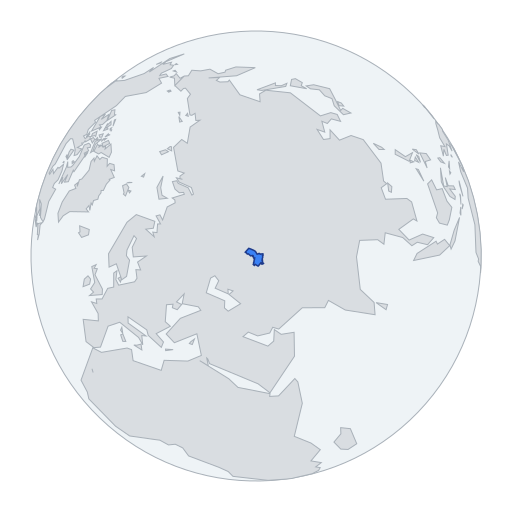 the Earth from above South Kazakhstan, rotated 311°
{"feature_id": "KAZ-3251", "entity_name": "South Kazakhstan", "entity_type": "Region", "adm_level": 1, "iso_a3": "KAZ", "parent_name": "Kazakhstan", "parent_adm1": "", "projection": "orthographic", "projection_center": [68.818, 43.271], "detail": "fine", "context": "on_globe", "style": "filled", "palette": "blue", "viewbox_px": 512, "rotation_deg": 311, "n_neighbors": 0, "source": "natural_earth", "source_scale": "10m", "svg_char_len": 13146}
<svg xmlns="http://www.w3.org/2000/svg" viewBox="0 0 512 512"><g transform="rotate(311 256 256)"><circle cx="256" cy="256" r="225" fill="#eef3f6" stroke="#a8b0b8"/><path d="M292.3,33.7L291.1,33.6L286.3,32.8L285.9,33.0L291.8,34.3L295.8,35.2L302.3,41.6L320.3,51.9L331.1,55.0L324.8,54.8L348.5,61.4L361.5,69.3L343.7,60.6L339.5,60.0L346.8,65.1L344.0,65.7L345.9,68.7L341.9,69.1L331.8,64.6L329.1,65.0L334.4,68.7L333.8,71.8L326.4,66.2L324.5,71.3L307.3,65.9L290.7,52.7L277.9,52.0L252.5,45.2L251.7,47.1L241.5,46.4L236.8,48.5L233.4,47.1L232.5,50.0L236.5,50.9L237.5,52.6L235.0,54.1L230.3,52.4L230.8,51.4L228.2,51.7L226.9,50.4L226.2,51.9L220.7,50.0L222.4,54.1L215.1,54.5L212.5,52.8L217.5,50.0L224.1,40.8L223.0,39.1L216.4,38.9L193.8,44.1L190.6,43.8L182.7,45.5L182.3,46.7L188.2,45.9L185.4,49.1L193.0,48.4L193.0,49.7L198.9,50.6L192.8,53.8L183.6,56.6L178.4,56.2L174.3,57.6L175.0,61.0L161.2,63.8L145.1,72.1L142.1,72.8L143.8,67.9L154.5,59.8L156.8,55.5L150.0,61.9L142.6,64.3L139.1,66.4L136.5,68.7L137.2,69.3L133.6,71.1L138.9,65.0L142.3,63.2L140.6,65.0L145.5,61.4L149.1,58.2L145.1,60.2L151.6,56.4L166.2,49.4L181.2,43.5L196.5,38.7L212.2,35.0L228.1,32.5L244.2,31.0L260.3,30.8L276.4,31.6L292.3,33.7ZM298.1,35.6L292.2,34.3L287.9,33.2L293.1,34.1L298.1,35.6ZM305.9,39.1L302.4,38.4L303.2,37.4L305.0,38.1L305.9,39.1ZM339.4,57.5L335.1,55.0L340.2,57.3L339.4,57.5ZM346.9,69.1L349.0,69.7L349.1,71.0L346.9,69.1ZM201.8,48.9L200.4,49.7L200.0,49.1L201.8,48.9ZM205.8,48.6L206.4,47.3L208.4,47.0L208.0,47.8L205.8,48.6ZM343.1,73.1L342.7,75.3L341.4,72.2L343.1,73.1ZM204.5,50.4L211.8,46.7L215.2,46.3L216.4,49.1L204.5,50.4ZM341.3,76.1L340.3,82.1L344.8,83.8L331.4,82.9L336.7,77.8L334.4,73.5L338.2,76.0L341.3,76.1ZM238.8,50.6L234.5,49.7L240.4,49.2L238.8,50.6ZM242.4,49.9L259.1,46.9L264.3,49.3L257.6,49.6L266.2,52.0L260.5,54.6L254.5,53.9L252.3,51.8L251.8,54.5L242.4,49.9ZM324.1,81.7L322.4,82.6L322.3,80.8L324.1,81.7ZM238.3,53.3L241.2,52.3L245.9,54.2L241.0,56.6L241.0,55.2L238.3,53.3ZM271.2,51.6L273.8,53.6L270.0,56.3L270.5,57.5L260.8,54.9L271.2,51.6ZM238.7,55.5L238.3,57.8L233.9,58.3L235.8,54.4L238.7,55.5ZM249.3,53.8L251.3,54.9L248.5,55.0L249.3,53.8ZM217.9,61.9L221.3,60.3L224.0,61.2L217.9,61.9ZM238.5,58.6L240.0,58.5L241.5,58.7L240.3,60.4L238.5,58.6ZM258.8,57.1L256.6,57.9L262.5,58.3L259.9,60.5L253.9,58.5L255.4,60.3L254.6,61.0L250.6,58.7L258.8,57.1ZM243.5,62.8L235.0,61.5L228.2,64.1L225.5,63.3L237.1,59.4L243.5,62.8ZM248.0,60.5L244.6,61.7L243.1,60.0L244.4,58.2L248.0,60.5ZM260.2,62.9L265.8,59.9L266.9,60.5L260.2,62.9ZM241.8,63.9L243.9,64.2L241.5,64.2L241.8,63.9ZM254.9,63.4L256.7,62.3L258.0,62.9L254.9,63.4ZM246.6,66.0L243.8,65.5L244.6,64.1L246.6,66.0ZM250.6,65.1L251.9,66.3L246.6,63.9L251.3,64.4L250.6,65.1ZM255.8,64.3L257.1,64.3L254.8,64.7L255.8,64.3ZM245.0,71.7L238.1,69.0L240.0,65.9L246.4,68.8L245.0,71.7ZM112.1,429.4L107.8,425.5L94.6,412.3L74.6,383.2L75.1,376.4L72.2,366.7L60.9,336.3L63.1,326.6L61.0,318.6L56.0,313.9L53.9,304.2L51.2,300.2L37.3,278.7L35.4,261.6L38.5,223.6L42.7,217.9L47.5,205.4L79.6,193.1L81.9,202.6L102.0,219.1L103.7,223.5L96.4,231.9L107.5,259.5L117.0,255.1L132.0,273.5L145.1,280.0L158.5,262.4L137.0,251.3L138.2,239.4L159.3,239.8L178.8,250.0L179.8,245.8L171.6,231.6L180.3,226.6L169.2,226.1L170.6,231.7L163.8,231.8L162.1,226.8L165.2,225.0L160.5,220.4L146.9,230.6L146.8,237.5L131.9,231.6L130.4,242.6L124.9,244.5L125.4,226.7L128.6,222.0L126.1,199.3L121.5,203.5L123.5,225.5L121.0,222.0L114.7,228.8L117.5,220.9L116.6,196.6L106.0,190.4L85.2,198.4L80.5,193.8L79.9,183.9L94.8,167.1L103.6,179.6L109.0,174.6L113.5,161.9L115.7,167.0L118.7,163.6L122.6,168.0L134.3,165.3L139.2,169.0L149.8,159.8L153.7,160.7L146.3,165.7L143.9,171.5L156.9,181.3L161.1,180.8L166.9,174.3L169.8,178.1L173.7,170.6L184.1,173.3L174.8,164.0L181.3,156.9L190.8,154.4L191.3,150.6L175.9,154.7L171.2,158.0L169.9,163.3L155.7,171.7L150.0,170.3L158.5,155.7L151.2,152.4L161.0,143.2L196.8,136.5L208.7,138.5L215.8,156.9L209.6,160.3L203.9,155.2L203.7,166.6L206.3,162.4L208.7,165.9L215.6,160.7L217.6,162.9L220.7,154.3L224.0,156.5L221.9,161.9L234.8,156.8L243.1,160.1L245.1,157.9L244.8,154.7L255.6,161.4L256.5,159.6L253.4,156.6L253.3,151.0L257.3,144.1L260.8,146.8L259.8,149.7L263.0,160.1L259.9,167.7L261.7,168.2L265.3,162.3L261.4,149.5L262.8,144.6L265.6,150.2L264.6,147.8L266.4,146.2L271.5,147.4L268.9,141.2L283.9,122.5L295.2,123.5L296.0,130.2L310.1,121.7L321.7,124.6L318.8,121.7L323.7,116.4L320.1,115.3L319.1,113.6L329.8,100.9L335.1,100.4L336.4,92.7L334.9,91.4L331.1,91.2L331.4,82.9L344.8,83.8L347.6,86.7L354.1,85.7L359.4,92.8L366.8,98.7L368.7,107.8L374.4,112.0L376.3,111.2L385.5,116.8L397.7,131.9L379.3,123.1L359.3,103.4L366.8,111.4L362.5,110.9L363.6,114.6L369.1,120.5L371.3,120.4L367.1,138.1L375.1,157.9L380.7,152.3L387.6,154.7L401.7,174.9L404.0,212.7L413.3,218.4L416.1,224.4L413.1,231.5L408.9,222.9L402.8,222.9L400.9,217.3L394.6,226.6L391.6,219.0L388.2,230.5L393.2,234.9L399.8,229.1L398.2,243.0L409.3,248.7L414.2,260.6L408.1,289.4L396.3,303.1L396.3,307.2L389.7,305.7L383.8,316.5L398.4,332.1L398.9,338.0L388.0,354.5L387.2,350.4L369.8,346.3L368.5,361.1L381.9,367.4L386.5,378.1L377.1,378.1L372.2,368.7L366.0,366.9L366.2,354.6L358.3,338.3L348.8,344.8L348.1,337.1L335.8,324.0L321.3,332.4L299.2,356.6L298.4,375.6L289.8,384.4L273.8,358.8L270.0,339.8L262.1,341.8L247.3,324.9L215.8,321.1L213.2,315.4L206.9,316.9L196.8,309.7L193.5,300.1L186.6,299.1L195.8,324.1L203.4,325.2L212.5,318.1L213.4,326.4L223.4,334.8L205.6,350.8L161.9,356.3L160.9,341.4L144.3,291.6L146.6,287.3L146.7,286.8L146.7,285.7L141.8,292.1L140.1,282.2L145.5,316.0L145.0,328.6L161.3,356.9L159.0,358.4L165.2,364.8L189.0,365.7L188.4,370.2L175.2,387.6L145.0,403.2L150.9,420.2L152.0,431.6L137.4,431.9L142.9,440.8L136.0,439.4L138.4,443.3L135.3,443.9L128.5,441.2L112.5,429.6L112.1,429.4ZM63.3,206.2L61.2,209.5L63.3,206.2ZM196.1,271.2L209.9,275.7L209.3,260.9L214.6,261.6L212.5,256.6L209.2,259.9L204.9,246.3L212.9,244.1L214.1,237.9L209.5,236.2L195.6,242.6L201.7,261.8L196.1,266.3L196.1,271.2ZM142.3,64.6L141.7,65.2L138.5,67.6L139.1,66.7L142.3,64.6ZM130.3,78.0L124.7,80.7L129.1,77.9L128.7,76.9L137.4,70.2L141.0,72.8L137.8,72.7L130.3,78.0ZM150.0,62.7L144.1,66.2L150.4,62.3L150.0,62.7ZM130.8,142.2L130.1,146.3L125.6,148.9L119.4,145.6L125.9,141.6L130.8,142.2ZM130.2,151.7L140.3,139.0L144.6,141.0L140.5,141.9L142.3,144.6L136.2,146.8L130.3,161.8L126.0,165.2L116.9,156.3L122.2,157.1L122.6,152.8L130.2,151.7ZM158.7,107.4L163.1,103.1L166.6,112.8L162.1,115.7L155.6,112.2L157.1,106.8L158.7,107.4ZM205.2,56.6L206.7,55.2L208.0,55.5L207.9,57.0L205.2,56.6ZM219.3,61.1L200.2,63.3L200.9,61.8L188.9,65.6L186.1,63.0L194.0,60.5L182.8,61.7L188.8,58.4L181.0,59.9L198.9,54.5L203.8,52.0L199.4,55.7L201.8,58.0L204.3,58.3L215.2,57.4L227.1,53.6L231.4,55.8L231.3,58.3L229.1,59.6L227.0,57.7L225.6,60.7L220.9,58.9L219.3,61.1ZM227.5,93.4L226.0,89.6L222.3,97.5L217.6,94.9L217.5,96.0L212.1,95.9L205.3,97.8L203.9,96.1L201.9,97.6L198.3,97.8L195.1,99.4L191.3,97.0L187.1,98.9L187.8,96.8L181.4,100.7L184.5,96.8L180.1,96.9L179.4,100.7L167.3,86.3L159.9,84.1L152.0,84.7L158.3,78.5L169.7,74.3L182.6,72.4L188.8,75.7L190.5,72.6L194.1,73.3L191.2,75.5L197.7,72.7L199.8,74.0L211.2,73.7L219.2,69.5L223.6,69.5L221.5,71.8L227.3,70.3L226.4,74.8L229.6,75.1L231.8,80.1L226.0,84.8L229.9,84.8L231.8,88.9L227.5,93.4ZM245.3,73.1L239.5,78.8L234.1,80.4L232.5,71.2L229.8,70.3L228.6,65.0L236.5,63.0L236.1,64.6L237.6,65.8L234.5,65.9L238.1,66.7L237.7,69.2L240.3,70.5L237.7,71.9L245.3,73.1ZM108.7,222.2L110.5,224.6L114.1,227.0L110.2,231.5L108.7,222.2ZM107.7,205.6L109.8,206.7L106.1,213.8L104.2,211.5L107.7,205.6ZM114.2,201.5L110.2,206.2L111.2,202.4L114.2,201.5ZM148.7,166.5L151.3,167.4L150.4,169.3L147.4,170.8L148.7,166.5ZM215.7,118.1L215.7,115.3L217.2,114.9L221.5,109.2L225.4,110.9L224.3,115.1L215.7,118.1ZM153.0,264.0L147.4,266.0L146.2,263.1L148.4,263.0L153.0,264.0ZM126.4,248.8L131.0,254.9L125.3,249.9L126.4,248.8ZM220.6,119.1L221.9,116.4L223.0,119.0L220.6,119.1ZM228.4,112.0L230.3,114.4L226.4,110.5L228.4,112.0ZM187.6,440.5L180.4,455.2L170.4,452.4L165.9,446.7L166.7,436.9L177.5,436.7L182.0,432.5L187.6,440.5ZM426.6,380.8L430.7,378.1L430.5,378.9L426.6,380.8ZM422.3,381.8L427.4,378.3L421.1,384.0L422.3,381.8ZM429.3,376.9L434.4,371.7L436.6,368.8L436.0,370.5L429.3,376.9ZM418.7,384.3L397.9,396.3L389.2,398.7L391.6,395.1L405.6,388.6L418.7,384.3ZM390.9,395.4L377.2,394.0L356.0,377.9L363.6,375.9L385.3,382.2L384.0,385.1L392.3,387.4L390.9,395.4ZM422.7,364.1L421.2,371.9L410.1,378.2L404.8,380.1L401.2,372.9L403.2,367.0L407.7,364.8L423.0,338.2L428.7,338.6L424.4,348.9L429.0,352.3L422.7,364.1ZM299.6,377.2L305.7,387.1L300.8,389.4L299.6,377.2ZM427.8,321.8L422.6,333.6L426.9,319.6L427.8,321.8ZM429.5,309.6L430.6,313.3L427.5,311.3L429.5,309.6ZM397.5,313.0L392.9,316.4L392.1,313.5L397.5,307.5L397.5,313.0ZM418.0,270.6L420.5,279.4L420.5,282.9L417.1,279.0L418.0,270.6ZM255.4,133.4L245.1,139.2L240.2,145.2L241.4,151.2L235.2,145.5L242.8,136.2L255.4,133.4ZM280.0,123.4L278.8,118.7L282.3,119.4L283.0,120.6L280.0,123.4ZM277.3,121.5L270.4,118.3L271.6,114.8L276.8,118.0L277.3,121.5ZM245.2,118.0L241.8,119.4L241.0,117.2L245.2,118.0ZM395.0,433.3L390.5,436.6L395.4,432.6L397.8,427.1L399.8,425.9L403.0,419.7L423.2,400.7L438.9,378.1L446.0,371.1L453.9,355.2L459.9,347.1L455.8,357.5L459.4,352.8L468.5,329.0L466.9,335.1L460.1,351.3L452.1,367.0L442.8,381.9L432.4,396.1L420.9,409.5L408.4,421.9L395.0,433.3ZM436.8,373.1L443.2,363.0L446.1,359.7L436.8,373.1ZM474.4,311.3L473.8,313.6L472.6,315.0L469.5,325.1L463.8,335.2L465.8,329.7L465.5,326.2L458.2,334.9L456.8,333.7L459.8,327.8L454.3,331.9L460.4,323.1L462.5,326.8L465.7,317.1L470.3,310.6L473.9,304.9L475.8,303.1L475.0,306.7L475.3,307.4L474.4,311.3ZM459.5,337.7L460.4,336.4L459.3,339.5L459.5,337.7ZM476.4,300.4L478.9,287.4L479.2,285.7L477.4,296.9L476.4,300.4ZM478.7,285.7L479.4,282.9L479.5,284.1L479.3,285.7L478.7,285.7ZM447.1,346.2L446.7,348.4L445.0,348.7L447.1,346.2ZM449.5,342.8L454.5,339.3L448.9,344.9L449.5,342.8ZM432.0,351.7L433.8,354.8L439.4,347.4L435.1,355.0L438.5,359.1L436.9,362.8L433.7,358.2L431.8,367.2L429.2,369.1L428.2,363.3L431.1,352.7L433.6,347.2L443.6,337.3L432.0,351.7ZM449.6,337.4L448.2,333.6L449.2,329.0L450.8,330.3L449.6,337.4ZM443.1,324.7L438.4,321.8L434.7,327.4L441.3,312.0L445.0,317.3L443.1,324.7ZM437.9,313.5L434.6,318.7L437.6,310.4L437.9,313.5ZM433.4,317.3L432.2,313.0L435.2,311.3L433.4,317.3ZM439.8,312.2L439.2,303.8L441.4,307.2L439.8,312.2ZM429.0,303.6L436.7,306.3L427.9,309.4L424.1,294.3L427.6,291.3L429.0,303.6ZM426.7,223.9L423.9,220.0L426.1,216.3L427.4,220.0L426.7,223.9ZM430.6,201.8L425.8,214.0L421.4,224.4L424.3,224.6L426.2,233.8L420.0,229.3L420.7,216.5L424.6,210.1L422.0,202.8L423.0,194.8L417.9,187.4L417.3,182.3L423.1,187.2L430.6,201.8ZM415.5,184.5L407.0,170.2L412.6,167.0L415.7,169.4L417.2,177.2L414.2,178.4L415.5,184.5ZM406.6,166.0L403.5,167.2L384.7,151.7L382.1,147.7L399.4,157.1L397.4,158.8L401.1,163.4L406.6,166.0ZM324.6,83.8L322.6,82.7L325.0,82.7L324.6,83.8ZM317.0,113.2L316.0,110.8L318.8,110.7L317.0,113.2ZM314.7,104.3L312.2,106.1L313.4,103.1L314.7,104.3ZM307.0,110.5L310.6,106.3L309.2,112.0L307.0,110.5Z" fill="#d9dde1" stroke="#a8b0b8" stroke-width="1"/><path d="M262.0,259.6L261.9,259.7L261.9,259.8L262.1,259.9L262.1,260.0L261.9,260.1L261.7,260.2L261.5,260.3L261.4,260.4L261.4,260.5L261.3,260.8L261.2,260.8L260.9,260.7L260.6,260.6L260.4,260.8L260.3,261.0L260.2,261.1L260.0,261.4L259.9,261.6L259.7,261.7L259.5,261.8L259.4,261.9L259.3,262.0L259.2,262.1L258.9,262.2L258.6,262.2L258.4,262.3L258.2,262.4L258.1,262.5L257.9,262.7L257.7,262.8L257.7,263.0L257.4,263.1L257.2,263.1L257.0,263.3L256.9,263.3L256.7,263.4L256.6,263.5L256.7,263.9L256.7,264.1L256.4,264.3L256.2,264.3L256.1,264.5L255.9,264.6L255.7,264.8L255.7,265.0L255.4,265.1L255.3,265.3L255.3,265.5L255.2,265.5L255.2,265.9L255.2,266.0L255.3,266.0L255.4,266.3L255.4,266.5L255.2,266.5L255.1,266.4L255.1,266.5L254.9,266.5L254.6,266.4L254.4,266.2L254.2,266.2L253.9,265.9L253.7,265.7L253.8,265.5L253.8,265.4L253.9,265.2L253.9,264.9L254.0,264.8L253.9,264.8L253.9,264.7L253.8,264.8L253.8,264.7L253.7,264.7L253.5,264.4L253.4,264.3L253.4,264.2L253.2,264.2L253.1,264.3L253.0,264.2L252.9,264.2L252.5,264.2L252.1,264.2L251.8,264.2L251.5,264.2L251.1,264.3L250.7,264.3L250.4,264.3L250.1,264.3L249.9,264.3L249.8,264.2L249.7,264.1L249.6,263.5L249.5,262.9L249.4,262.4L249.3,261.9L249.3,261.4L249.2,260.9L248.8,260.9L248.5,260.9L248.2,260.9L247.8,260.9L247.8,260.0L247.9,259.4L248.1,259.4L248.3,259.5L249.3,258.6L249.7,258.4L250.0,258.5L250.6,258.0L252.0,257.1L253.4,256.4L253.6,256.3L253.5,256.2L253.3,256.1L253.3,255.8L253.2,255.8L253.2,255.6L253.0,256.0L252.9,255.6L253.2,255.4L253.3,255.0L253.5,254.7L253.5,254.3L253.8,254.4L253.9,254.1L253.9,253.9L253.8,253.7L254.0,253.5L254.3,253.5L254.3,253.2L253.6,252.7L253.3,252.4L253.1,252.2L252.9,252.1L252.6,251.9L252.6,248.9L252.4,248.6L252.0,248.4L251.8,248.2L251.8,247.7L252.0,246.8L252.2,246.4L252.1,246.0L251.8,245.8L251.8,245.4L257.0,245.5L257.3,246.1L257.9,247.7L258.8,250.5L259.1,252.4L259.1,252.7L259.0,252.9L258.3,255.0L258.1,255.3L258.2,255.5L258.3,255.6L258.3,255.8L258.5,256.0L258.9,256.2L259.1,256.2L259.3,256.2L259.5,256.3L259.7,256.7L259.8,256.8L260.0,256.8L260.0,257.0L260.2,257.3L260.1,257.6L260.2,258.0L260.3,258.2L260.6,258.3L260.9,258.5L261.0,258.6L261.1,258.8L261.5,259.2L261.8,259.4L262.0,259.6L262.0,259.6Z" fill="#3b82f6" stroke="#1e3a8a" stroke-width="1.5"/></g></svg>